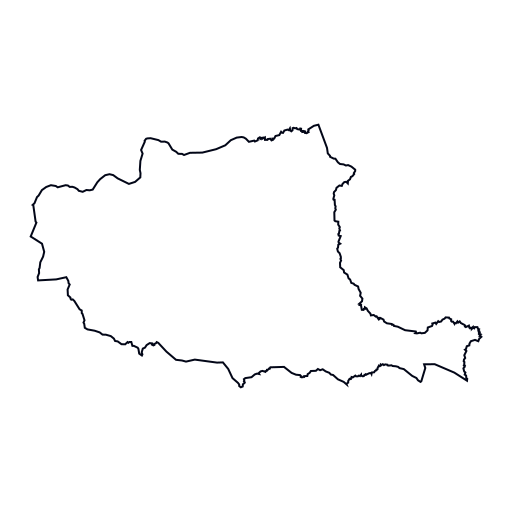 the district of East Mamprusi, Northern, Ghana
{"feature_id": "2480657B84792930556748", "entity_name": "East Mamprusi", "entity_type": "district", "adm_level": 2, "iso_a3": "GHA", "parent_name": "Ghana", "parent_adm1": "Northern", "projection": "orthographic", "projection_center": [-0.286, 10.453], "detail": "fine", "context": "isolated", "style": "outline", "palette": "ink", "viewbox_px": 512, "rotation_deg": 0, "n_neighbors": 0, "source": "geoboundaries", "source_scale": "gbopen_adm2", "svg_char_len": 6070}
<svg xmlns="http://www.w3.org/2000/svg" viewBox="0 0 512 512"><path d="M478.3,341.2L479.2,338.8L481.3,336.9L480.4,336.3L480.5,335.5L479.9,335.7L480.2,335.0L479.6,334.6L480.4,334.2L479.1,333.5L479.6,332.6L478.9,332.4L478.5,331.1L479.1,330.9L478.4,330.0L479.0,329.2L478.0,328.7L477.4,327.1L474.5,327.1L474.2,328.3L472.9,327.8L472.2,328.5L472.4,327.4L471.2,328.4L470.7,327.8L470.0,328.3L469.3,327.6L468.9,325.6L465.8,327.1L464.9,326.5L465.2,325.7L464.6,325.0L460.8,323.0L459.7,321.4L458.1,322.6L457.4,321.4L455.9,323.3L454.6,323.0L454.4,323.7L453.1,321.7L451.7,321.6L451.1,320.9L451.2,319.3L449.3,318.4L449.0,317.6L445.6,317.4L444.5,318.7L442.5,319.6L441.1,321.5L439.1,322.0L438.2,321.2L436.2,323.9L435.4,322.6L432.3,323.5L432.6,324.6L432.0,326.0L427.8,327.5L427.5,330.4L424.8,332.9L421.4,333.3L420.2,332.7L416.9,333.4L415.4,333.2L416.1,332.5L415.8,331.5L405.1,330.2L397.8,326.7L393.9,325.9L393.5,324.8L392.0,324.8L391.8,324.0L386.9,323.3L384.1,321.5L383.5,319.6L380.3,317.9L379.3,317.9L379.5,319.0L378.8,319.5L376.6,316.3L375.8,316.6L373.7,315.0L370.9,315.4L370.4,313.6L367.8,310.8L366.6,308.4L365.0,307.4L365.0,308.8L363.9,308.8L363.5,309.9L361.8,309.8L361.0,305.3L360.0,305.1L360.6,304.5L359.1,303.9L362.0,301.3L362.4,298.6L360.1,295.8L360.7,292.8L358.6,289.0L358.1,286.5L354.5,284.8L353.7,283.7L351.3,282.9L350.1,279.5L348.6,278.4L347.4,274.6L344.1,272.5L343.7,270.1L340.2,267.3L340.0,262.8L341.1,260.5L340.4,258.9L340.9,258.3L340.8,256.7L339.6,253.2L337.9,251.5L337.2,248.7L338.0,247.6L338.3,244.7L340.2,243.7L338.7,242.6L338.5,241.5L340.7,236.1L338.7,235.6L338.3,234.1L338.9,233.7L339.4,230.8L340.0,230.5L339.3,228.4L339.8,227.1L338.2,224.6L338.3,221.7L335.3,221.2L334.5,220.5L334.3,212.2L335.8,209.7L335.3,208.3L335.6,206.3L334.9,205.0L334.6,199.8L333.6,199.7L333.3,199.0L334.3,195.3L333.7,193.7L334.0,192.1L335.9,190.1L336.5,187.8L339.4,185.5L341.8,185.9L342.5,184.0L344.3,182.1L346.2,181.8L347.8,183.4L348.0,180.8L350.0,179.3L350.9,176.9L352.4,176.2L354.2,174.0L353.8,173.2L355.2,171.0L355.2,169.7L351.4,166.6L348.1,165.1L345.9,165.5L343.6,164.4L340.0,164.0L337.9,162.3L335.4,158.7L333.7,158.6L330.1,156.8L330.0,155.8L327.8,153.4L327.0,147.9L318.4,124.7L313.9,125.8L308.3,129.4L308.6,130.5L307.9,131.4L308.5,132.1L306.6,133.2L305.0,132.9L305.1,131.4L304.1,131.1L303.9,131.9L302.4,132.0L302.5,131.0L301.0,130.9L301.1,128.7L300.2,128.5L299.7,129.6L297.2,129.1L296.5,128.0L295.1,128.3L293.6,127.8L292.7,128.1L292.5,130.3L291.3,131.3L290.3,130.5L289.9,128.4L288.8,130.2L287.5,129.6L284.4,130.5L283.0,132.9L281.9,132.7L281.1,131.8L279.3,135.1L275.5,136.0L274.2,138.6L272.6,138.6L272.9,139.8L271.5,140.4L270.2,138.7L267.6,139.1L267.4,139.9L265.0,139.9L264.9,137.4L262.6,138.6L262.8,137.7L262.2,137.8L260.5,138.8L260.5,137.6L259.8,137.3L258.0,138.5L257.7,140.3L254.9,141.5L254.2,140.6L248.9,141.8L245.9,138.7L243.7,137.4L241.6,137.0L236.7,137.6L230.8,140.2L225.3,145.3L216.1,149.2L202.3,152.6L190.0,152.8L184.0,155.0L182.1,153.9L178.3,153.8L176.2,151.8L172.3,149.6L168.5,143.3L167.4,142.5L164.8,141.6L161.1,141.7L158.4,140.1L150.6,138.2L147.4,138.4L146.1,138.8L144.6,140.8L144.8,141.7L141.1,150.0L142.6,153.6L140.4,160.9L139.8,169.9L140.5,173.2L140.3,177.4L135.1,181.9L128.9,183.9L117.7,178.4L113.2,175.1L109.5,174.2L105.2,175.2L100.2,179.1L97.3,182.3L92.7,189.6L89.7,190.3L86.4,190.0L82.7,191.8L78.8,190.8L77.5,189.2L74.6,187.5L72.4,186.8L69.7,186.9L67.9,185.5L65.6,185.2L57.7,187.3L55.8,186.0L50.9,185.2L46.2,187.0L41.9,190.1L38.6,195.6L37.0,197.1L34.5,203.2L32.7,204.9L33.3,205.2L35.6,221.6L36.4,222.6L30.7,236.5L42.0,243.7L44.2,251.8L43.1,256.6L40.3,262.3L39.6,268.0L38.9,269.3L39.1,273.1L37.6,277.0L38.1,280.4L56.2,279.4L66.3,277.2L68.3,280.9L68.6,283.2L69.7,284.5L67.6,289.5L67.9,295.3L70.4,297.5L70.5,298.7L71.3,299.7L72.7,299.4L74.3,300.9L79.6,309.3L81.7,310.5L81.8,313.2L82.5,313.9L84.5,320.3L83.5,322.6L84.2,323.7L84.8,327.8L87.5,329.4L94.6,330.7L99.7,332.4L102.5,334.6L105.9,334.7L110.8,336.1L113.9,338.6L115.1,341.0L117.7,341.4L121.5,344.2L125.2,344.3L127.5,342.1L128.3,342.8L129.4,342.0L131.3,342.0L132.4,345.9L133.9,345.9L137.7,347.7L138.4,348.8L139.2,353.6L141.9,355.5L142.4,354.4L141.7,352.3L142.8,348.6L145.0,347.6L146.6,345.1L149.7,343.1L152.1,343.4L151.9,344.6L153.4,345.4L154.3,345.0L154.1,344.1L156.0,343.2L156.7,342.1L158.3,342.9L166.4,351.6L176.0,359.8L182.0,360.5L186.0,361.6L194.8,359.6L217.0,362.6L222.9,362.4L228.2,368.9L232.5,378.1L238.0,382.9L239.2,384.5L239.2,386.0L240.8,387.3L242.7,386.5L242.9,384.3L244.6,382.9L244.8,382.3L243.9,381.3L244.3,380.2L243.9,379.2L245.3,378.1L251.5,377.2L254.8,374.4L257.1,373.6L259.1,374.0L258.6,373.2L260.6,371.4L262.5,370.9L265.2,371.8L265.2,371.2L266.7,370.9L266.9,369.9L267.6,370.0L269.2,368.4L269.7,368.7L270.4,367.3L274.3,367.2L284.0,366.9L291.6,372.9L296.0,374.7L300.1,375.1L300.9,376.0L300.7,376.9L301.6,377.3L302.9,377.2L303.5,376.4L304.3,376.8L304.7,376.1L307.3,376.0L307.7,374.1L309.6,372.9L310.9,371.0L315.9,370.8L317.9,369.0L320.1,370.2L322.7,369.3L325.7,371.4L329.3,372.8L330.8,374.5L333.1,375.0L337.9,379.3L343.7,381.9L346.6,384.4L346.4,383.8L348.2,382.6L348.2,381.0L349.3,379.2L350.4,379.1L350.1,378.6L351.7,377.8L351.7,377.0L353.0,377.3L355.3,375.6L356.0,376.3L357.9,376.3L358.9,375.6L360.0,376.1L361.1,374.7L361.2,375.7L362.9,376.3L363.9,376.0L364.5,374.8L365.7,374.9L365.9,374.2L366.8,374.4L369.3,373.2L371.0,373.0L371.5,374.0L371.8,372.5L374.1,372.3L375.0,370.9L376.4,370.3L376.4,369.6L377.5,369.2L377.7,367.7L379.0,365.5L379.8,366.2L380.9,365.5L380.9,364.6L381.5,365.0L382.8,364.2L383.9,365.1L385.2,364.4L387.4,364.7L387.6,365.4L388.7,365.6L391.5,365.3L392.6,366.0L395.9,366.3L398.2,366.9L399.5,368.1L403.8,369.1L412.2,375.9L416.4,378.0L418.0,380.3L420.5,381.9L421.3,381.3L425.3,368.0L424.1,364.3L434.7,364.2L454.3,372.6L467.0,380.7L467.2,378.8L466.3,378.1L466.1,375.5L464.7,374.6L465.4,372.5L464.2,371.5L463.4,368.3L464.7,366.8L464.0,365.6L464.7,365.4L464.2,364.6L464.4,362.0L463.7,361.3L464.0,359.5L465.2,358.0L464.3,355.2L466.4,351.0L465.0,349.7L465.9,349.2L466.8,346.2L469.3,345.4L469.5,343.5L470.9,341.2L475.0,339.9L478.3,341.2Z" fill="none" stroke="#020617" stroke-width="2"/></svg>